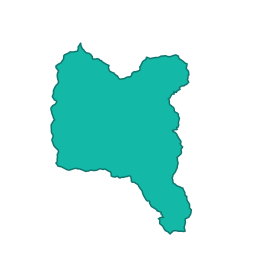 the district of Martshala, Samdrup Jongkhar, Bhutan, rotated 290°
{"feature_id": "84629894B7321058523370", "entity_name": "Martshala", "entity_type": "district", "adm_level": 2, "iso_a3": "BTN", "parent_name": "Bhutan", "parent_adm1": "Samdrup Jongkhar", "projection": "equal_earth", "projection_center": [91.734, 26.99], "detail": "fine", "context": "isolated", "style": "filled", "palette": "teal", "viewbox_px": 256, "rotation_deg": 290, "n_neighbors": 0, "source": "geoboundaries", "source_scale": "gbopen_adm2", "svg_char_len": 5800}
<svg xmlns="http://www.w3.org/2000/svg" viewBox="0 0 256 256"><g transform="rotate(290 128 128)"><path d="M50.7,216.9L53.6,214.8L57.4,214.4L59.2,214.1L61.0,213.2L62.3,212.9L63.9,214.7L65.2,215.7L66.7,216.0L68.9,216.3L72.8,215.5L73.9,213.1L75.7,212.6L77.5,211.8L79.6,209.0L80.8,207.8L82.8,206.9L83.8,206.6L84.2,204.8L85.8,203.8L86.8,203.5L89.1,200.9L90.2,200.2L90.2,198.1L90.4,196.8L90.4,194.2L90.5,193.4L91.3,191.5L91.4,191.1L91.4,189.7L93.3,188.3L94.2,188.0L95.1,187.4L95.6,186.8L96.0,186.6L97.2,186.7L98.8,186.3L101.5,187.0L103.3,187.6L104.3,187.5L106.6,187.8L108.2,187.7L108.7,187.4L110.4,187.3L110.7,187.2L111.7,187.2L112.7,186.8L113.3,186.1L116.2,184.8L116.7,184.4L116.9,184.1L121.6,186.5L122.8,186.7L124.0,186.3L125.8,185.1L126.4,185.0L126.7,185.3L128.9,185.8L129.1,185.5L129.3,184.7L130.4,183.1L131.1,182.3L132.1,182.8L133.7,182.2L135.5,179.5L137.5,177.2L139.2,175.4L139.8,174.1L139.9,173.7L140.1,173.1L140.0,171.7L140.4,171.0L140.8,170.7L141.5,171.1L141.6,171.6L142.3,172.4L142.7,173.1L142.9,173.9L143.3,174.2L143.5,174.6L144.0,174.1L145.2,173.6L145.2,174.1L145.6,174.5L146.7,174.7L147.7,174.7L148.7,174.4L149.4,173.9L149.8,173.5L150.9,173.4L154.8,173.0L156.3,171.2L158.2,170.6L158.9,169.0L159.1,167.1L159.4,166.0L159.8,165.7L161.2,165.2L162.3,164.3L162.6,163.9L163.1,163.0L163.2,162.1L163.8,161.2L164.1,159.5L165.1,158.5L166.3,158.0L166.8,158.0L167.3,157.5L168.4,157.1L169.3,155.9L170.6,157.1L173.7,157.5L174.2,157.6L175.1,158.1L175.6,159.6L176.3,159.5L177.3,158.8L177.9,158.8L177.7,160.4L178.1,161.3L179.1,161.2L180.1,162.0L180.8,162.3L181.8,163.4L182.2,163.6L182.3,163.3L183.4,162.6L184.4,163.0L185.4,163.6L186.0,164.3L186.4,165.1L186.6,166.1L187.6,166.6L188.8,167.9L189.6,168.4L190.4,168.6L191.7,169.4L192.1,169.0L193.8,167.2L195.5,167.3L196.8,166.6L198.0,166.7L198.6,167.0L199.1,167.0L199.6,166.5L200.7,166.1L201.6,165.6L202.3,165.0L202.9,163.7L203.5,162.8L204.1,162.2L206.9,162.0L207.9,161.6L208.4,161.6L208.5,159.6L208.7,159.0L208.9,158.4L209.5,157.1L210.1,154.8L210.4,153.7L210.5,152.9L210.9,152.2L211.5,151.5L212.8,150.7L212.9,148.9L213.1,148.4L213.0,147.9L211.3,145.3L210.7,145.0L210.4,144.4L209.5,143.3L208.8,141.3L208.7,140.2L208.8,138.9L208.3,137.5L208.1,137.1L207.4,136.2L207.4,135.6L206.8,134.4L205.0,132.9L204.6,132.2L203.8,130.1L201.8,126.6L201.3,126.1L200.8,125.1L200.9,121.6L200.7,121.2L200.0,121.3L198.6,121.2L198.0,121.0L197.0,120.1L195.6,119.2L194.2,118.9L193.5,119.0L192.5,118.7L190.7,118.7L189.7,118.2L188.8,118.5L188.2,119.0L187.0,119.3L186.4,119.2L184.7,118.0L184.5,117.1L184.0,116.9L183.5,116.4L183.3,115.3L182.7,114.2L180.6,113.0L179.7,113.3L178.6,113.1L177.8,113.3L177.0,112.7L176.5,111.9L176.5,111.6L176.1,110.8L175.3,109.5L174.4,108.6L173.6,108.1L172.8,107.1L172.1,105.5L171.4,104.4L171.1,103.5L171.4,102.4L172.0,101.7L173.2,100.3L173.8,97.5L174.8,96.1L174.8,94.0L175.1,91.6L175.5,90.8L177.8,89.1L178.9,88.8L180.3,88.7L180.3,86.6L180.8,84.1L181.0,83.0L181.6,80.8L182.1,80.2L182.2,79.2L182.0,78.7L182.0,78.0L182.7,77.5L182.6,75.3L182.0,74.5L181.5,73.5L181.1,72.2L180.7,71.5L181.0,71.0L183.0,69.9L183.8,68.5L184.5,67.7L184.5,67.1L184.8,65.9L184.4,62.8L184.9,61.9L185.1,61.2L186.1,59.9L186.4,58.9L186.7,58.5L187.7,57.1L189.5,55.5L190.4,54.9L191.9,54.6L190.6,54.2L189.2,54.1L188.0,53.6L186.9,53.5L185.9,54.1L182.9,54.3L182.5,53.5L181.8,52.3L181.3,51.5L180.7,50.5L180.4,49.9L179.7,47.5L178.1,46.5L175.0,43.3L174.0,43.0L171.2,43.7L169.8,43.7L168.8,43.3L166.7,42.8L165.9,42.5L165.0,41.5L163.6,40.3L163.0,39.9L162.5,39.7L161.7,39.1L161.3,39.3L160.2,39.6L157.9,43.2L157.6,43.3L156.5,43.1L154.9,43.1L154.0,43.3L152.3,43.9L150.3,45.0L148.9,46.2L147.7,46.7L147.2,47.1L146.3,47.1L145.5,46.9L143.8,46.0L140.9,45.3L138.7,45.2L137.5,45.2L136.1,45.7L135.2,46.2L132.1,46.1L131.3,46.4L130.0,48.4L129.2,49.1L129.2,49.6L129.2,50.5L128.7,51.7L128.4,52.0L127.2,52.0L125.4,51.5L123.3,49.6L122.6,49.4L122.1,49.4L121.4,48.9L120.5,48.8L119.5,49.1L115.5,51.7L113.5,53.4L112.1,54.4L110.5,56.3L109.4,55.6L108.3,55.5L107.5,55.1L106.7,55.2L105.4,54.8L104.4,54.8L103.4,55.3L101.6,55.9L100.6,56.5L99.7,56.7L97.8,57.6L97.0,58.2L96.0,59.7L94.5,60.6L92.0,60.5L91.4,60.4L90.9,60.6L89.3,61.5L88.6,62.4L87.6,63.0L86.3,64.2L85.7,64.9L84.8,66.6L84.1,68.1L83.7,69.3L83.3,69.9L82.5,70.5L81.5,70.9L78.9,70.6L76.7,71.6L75.9,71.9L75.1,71.9L73.9,72.3L73.4,72.6L72.1,72.9L70.9,72.8L70.6,72.3L70.4,72.3L69.0,74.4L68.6,75.4L68.3,75.4L68.4,75.9L68.4,76.6L68.8,78.7L68.0,84.6L68.1,86.6L68.9,88.1L70.0,89.3L71.4,91.2L72.1,92.3L72.5,93.5L72.3,94.7L72.4,95.0L72.9,95.7L73.1,96.4L72.9,97.5L73.0,98.8L72.9,101.6L72.7,103.0L73.3,104.0L74.0,105.4L75.8,107.6L76.3,110.4L77.1,112.1L78.3,113.8L79.4,114.7L80.2,115.6L80.3,116.3L80.4,118.2L80.5,118.8L81.3,119.8L81.5,120.6L81.5,121.2L81.2,122.3L81.2,123.0L80.9,123.9L80.8,125.9L80.7,126.5L80.0,127.4L78.4,128.2L77.2,128.7L77.1,130.1L77.1,131.0L77.6,132.9L78.7,133.9L79.0,134.8L78.2,136.8L78.3,137.6L79.6,138.9L79.8,139.4L80.2,140.9L81.0,141.7L81.3,142.1L82.0,143.6L83.0,144.8L83.3,145.3L83.5,146.1L83.5,146.8L83.2,147.2L82.4,147.8L81.8,148.0L81.2,148.6L80.3,148.8L79.4,149.3L78.8,149.7L78.7,150.2L78.6,150.7L79.1,152.2L79.1,153.3L78.7,153.9L78.3,156.6L76.0,159.2L75.1,160.4L74.5,161.6L73.9,162.5L73.4,163.0L72.0,163.9L69.9,165.7L66.6,169.7L66.1,170.8L66.1,171.3L66.6,172.1L66.5,173.1L66.2,173.5L65.2,173.8L64.8,174.0L62.7,176.2L62.1,177.5L62.1,178.4L61.8,179.2L61.5,181.2L61.3,182.1L60.1,183.8L60.2,186.8L60.2,187.7L60.0,188.0L59.0,188.2L58.6,188.4L58.2,189.5L57.9,189.9L57.0,190.5L56.3,191.2L56.1,191.6L55.8,190.8L55.1,189.5L54.4,188.6L53.2,187.8L53.1,188.2L52.4,189.4L51.7,189.7L50.8,189.8L50.0,190.1L49.3,190.4L48.9,190.7L48.0,193.3L47.6,194.2L45.4,196.7L44.4,198.1L44.3,199.0L44.2,200.7L42.9,203.8L44.5,204.5L46.0,205.4L46.9,205.8L47.5,207.0L48.1,209.0L48.3,211.0L49.3,213.4L49.6,215.0L50.0,216.2L50.7,216.9Z" fill="#14b8a6" stroke="#0f766e" stroke-width="1.5"/></g></svg>